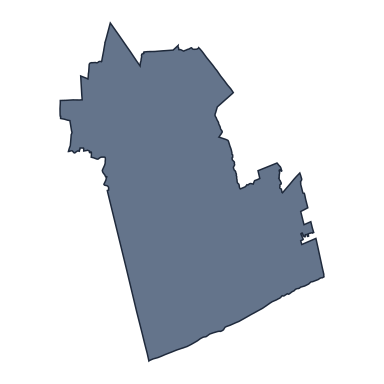 Hoa Binh, Bạc Liêu, Vietnam (Natural Earth projection)
{"feature_id": "81297802B62740202990840", "entity_name": "Hoa Binh", "entity_type": "district", "adm_level": 2, "iso_a3": "VNM", "parent_name": "Vietnam", "parent_adm1": "Bạc Liêu", "projection": "natural_earth1", "projection_center": [105.623, 9.258], "detail": "fine", "context": "isolated", "style": "filled", "palette": "slate", "viewbox_px": 384, "rotation_deg": 0, "n_neighbors": 0, "source": "geoboundaries", "source_scale": "gbopen_adm2", "svg_char_len": 5853}
<svg xmlns="http://www.w3.org/2000/svg" viewBox="0 0 384 384"><path d="M277.0,163.0L276.3,163.3L258.0,170.7L259.8,178.5L256.9,179.8L254.7,180.6L254.4,181.0L253.2,184.1L250.8,183.5L250.0,183.6L249.3,183.9L248.2,184.8L247.6,184.9L247.0,184.7L246.9,184.7L246.0,186.0L245.7,186.3L245.2,186.8L240.8,188.7L240.3,188.9L240.0,188.7L239.4,187.2L239.1,184.9L238.6,183.9L238.0,183.5L237.5,182.9L237.3,182.3L237.1,181.4L237.0,179.6L236.7,178.7L236.7,176.6L236.3,175.5L236.4,174.2L236.3,173.8L235.9,173.0L235.6,171.6L235.4,171.3L235.3,171.0L234.3,170.2L234.2,170.0L233.6,168.4L233.4,167.4L233.5,167.1L233.9,166.3L234.4,165.5L234.6,164.9L234.6,164.4L234.3,163.4L234.4,162.7L234.4,162.3L234.1,161.7L232.6,160.2L232.3,159.8L232.2,159.3L232.1,158.1L232.2,157.7L232.7,157.3L232.7,155.0L232.6,154.8L232.0,154.3L231.9,153.7L231.9,152.7L231.4,150.4L230.8,148.3L230.0,146.3L228.7,142.0L228.1,140.6L227.6,140.2L225.8,139.4L218.9,137.1L219.5,136.4L220.0,135.4L221.0,134.2L221.4,133.4L222.0,132.6L222.2,132.0L222.2,131.5L221.8,130.6L220.7,129.2L220.5,128.6L220.2,127.1L220.0,126.5L219.0,124.5L218.6,123.6L218.5,122.4L216.8,119.4L216.3,117.9L215.3,116.3L215.0,115.2L215.1,114.1L215.7,112.4L217.3,106.9L232.3,93.6L233.3,92.6L230.7,88.7L227.5,85.0L224.1,80.4L220.6,76.0L217.2,71.0L216.3,69.8L215.8,69.3L212.7,65.1L206.4,57.3L203.5,53.3L201.9,51.2L200.0,49.0L198.7,47.7L198.6,48.0L198.1,48.4L197.4,48.9L196.5,49.2L194.8,49.3L193.8,49.3L192.9,49.2L192.5,48.9L192.1,48.5L191.6,47.8L190.9,47.9L189.0,49.0L187.2,49.5L186.4,50.0L185.1,50.4L183.7,51.1L181.9,50.3L180.8,49.7L180.1,49.6L178.9,49.7L178.7,49.3L178.7,48.6L178.7,48.2L178.1,46.9L178.0,46.4L178.1,45.5L175.4,48.0L173.1,50.1L161.8,50.9L158.2,51.2L154.6,51.5L147.8,51.6L144.8,51.9L143.9,52.0L143.6,52.4L143.9,52.9L143.9,53.0L143.9,53.3L143.7,53.6L142.3,53.9L142.0,54.0L141.7,54.5L141.5,55.4L141.6,56.5L141.6,57.0L141.1,59.4L141.1,60.3L140.6,62.2L140.4,62.4L140.4,63.1L140.1,66.0L137.5,62.3L136.5,60.9L130.3,51.6L127.0,46.9L118.5,34.6L117.0,32.5L110.3,23.0L106.2,38.4L105.3,41.5L105.1,42.1L104.9,42.4L105.0,42.9L104.6,45.2L103.9,49.2L103.7,50.6L102.4,57.3L101.7,61.3L101.4,61.7L100.3,61.4L99.7,61.4L99.4,61.5L98.9,61.6L97.8,62.5L97.0,62.8L96.4,62.8L95.3,62.5L92.7,62.7L91.6,62.7L91.2,62.7L89.9,63.2L89.4,63.9L89.2,64.4L88.7,72.0L88.4,73.5L88.2,77.0L87.9,79.0L86.3,78.2L80.7,76.0L81.8,95.2L82.2,99.8L79.5,100.0L73.0,99.9L66.5,100.3L60.3,100.5L60.3,103.1L60.0,108.6L60.1,114.9L60.2,116.1L60.6,116.2L60.6,118.5L64.4,119.2L67.3,120.1L69.9,120.6L71.5,130.5L72.0,132.4L71.9,132.8L71.5,134.1L71.2,134.6L71.0,137.5L70.3,145.7L69.4,148.0L68.4,151.5L68.9,151.5L71.1,150.8L72.1,150.8L72.7,151.3L73.9,152.7L74.3,152.9L74.7,152.9L75.2,152.7L76.2,151.8L77.5,151.0L78.0,150.9L79.3,151.3L79.4,151.1L79.5,149.7L79.8,149.6L79.9,149.4L80.0,148.1L81.0,148.0L83.5,148.1L83.6,148.3L83.7,148.9L83.7,151.0L86.2,150.6L87.3,150.3L87.7,150.3L88.9,150.9L89.3,150.9L89.5,151.1L89.5,152.5L90.0,152.7L90.3,152.4L90.4,152.1L90.5,152.0L91.1,152.0L91.3,152.2L91.4,152.6L91.4,154.9L91.2,157.2L93.6,157.8L96.7,159.0L97.3,159.1L97.8,159.1L98.3,159.0L99.2,158.2L99.9,157.7L100.8,157.3L101.5,157.1L102.3,157.1L102.9,157.1L104.3,157.1L104.8,157.2L105.1,157.4L105.3,158.1L105.4,159.7L105.2,160.9L105.2,163.0L105.0,163.8L104.6,165.2L102.6,169.6L102.3,170.5L102.4,170.9L102.6,171.7L103.0,172.6L103.5,173.3L104.8,175.0L105.0,175.3L105.5,176.6L105.6,176.8L106.4,176.6L106.6,176.6L106.8,176.7L106.8,176.9L106.3,178.1L106.0,179.5L105.9,180.0L105.0,182.0L104.1,183.8L103.9,184.3L104.2,184.8L104.7,185.2L106.9,185.7L107.6,186.0L108.3,186.9L108.6,187.6L108.6,190.1L107.3,190.5L107.7,192.4L126.5,269.2L136.6,311.4L142.1,333.1L144.3,342.1L145.6,347.2L147.2,353.3L148.9,361.0L149.5,360.5L153.1,358.9L157.9,357.6L161.4,356.2L165.3,354.5L172.0,351.9L176.7,350.0L187.1,346.5L191.2,344.4L197.3,340.9L200.4,338.6L203.1,337.2L204.6,336.9L206.0,336.7L207.1,336.0L209.6,334.1L213.0,332.9L218.1,331.4L219.5,331.3L220.5,331.4L221.8,330.9L223.5,329.8L224.4,328.2L225.1,327.2L226.5,326.5L230.2,325.2L235.8,322.7L239.0,321.4L250.6,314.8L262.7,308.2L269.7,303.3L272.2,301.7L276.4,299.9L278.2,298.9L279.5,298.3L280.6,297.5L281.9,295.9L282.4,295.7L283.1,296.0L284.0,295.9L286.9,294.0L287.3,293.7L287.7,293.8L288.2,294.2L288.7,294.2L289.4,293.8L292.0,291.8L294.2,290.7L294.7,290.2L295.2,289.5L295.9,289.1L297.2,288.6L298.2,288.6L299.5,288.1L300.5,287.2L304.7,286.0L308.7,284.0L310.7,282.1L311.7,281.7L312.6,281.7L313.6,281.3L318.3,279.5L320.3,278.1L321.5,277.8L322.3,277.8L324.0,276.8L323.8,276.0L323.8,274.1L323.6,273.4L322.3,267.8L318.1,248.3L315.9,238.4L301.8,244.5L300.7,240.8L302.9,239.7L303.1,239.5L303.2,239.3L301.1,234.4L300.9,233.9L301.0,233.6L301.7,233.2L302.1,233.0L302.3,233.1L303.5,235.9L303.9,236.4L304.4,236.7L304.7,236.8L305.1,236.8L305.2,236.5L305.2,235.1L305.4,234.7L306.4,234.5L306.8,234.6L307.1,235.0L307.5,236.4L308.3,236.3L308.6,236.1L308.2,234.3L308.1,233.8L312.0,232.7L312.4,232.6L312.5,233.0L313.7,232.5L312.4,228.2L310.8,221.7L304.0,224.7L302.6,219.1L300.7,211.5L307.8,207.8L305.6,199.1L304.8,195.1L304.3,193.3L303.2,193.2L302.9,193.0L300.6,183.9L300.8,183.2L300.8,182.9L300.6,182.3L300.5,181.8L300.6,181.5L301.3,180.7L301.7,179.6L301.7,179.0L300.6,175.3L299.8,173.0L296.5,176.4L293.9,179.3L290.1,183.9L282.5,192.8L281.9,192.3L281.8,191.4L281.8,191.0L281.5,190.2L281.4,189.2L281.1,188.9L280.2,188.5L279.8,188.0L279.7,187.2L280.0,186.2L279.8,185.3L279.9,184.9L280.2,184.5L281.0,184.1L281.2,183.9L281.2,183.2L281.0,182.4L280.4,181.4L280.3,180.9L280.2,180.7L279.6,180.1L279.4,179.7L279.3,178.9L278.7,178.2L278.8,178.0L279.2,177.5L279.2,177.4L279.1,176.4L279.3,175.8L279.1,175.0L279.4,174.3L279.6,172.7L279.6,172.2L279.2,170.9L279.2,170.2L279.7,169.8L280.0,169.7L280.2,169.8L280.7,170.7L281.0,171.0L281.4,171.2L281.7,171.0L281.8,170.8L281.4,169.8L280.9,168.0L280.7,167.6L280.3,166.8L278.8,165.2L277.3,163.3L277.0,163.0Z" fill="#64748b" stroke="#1e293b" stroke-width="1.5"/></svg>